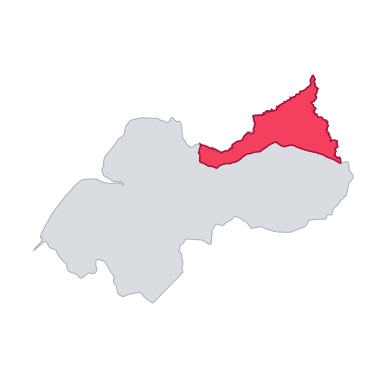 VI-7 Upper Corentyne, East Berbice-Corentyne, Guyana shown in context, rotated 266°
{"feature_id": "73187651B49855956252830", "entity_name": "VI-7 Upper Corentyne", "entity_type": "district", "adm_level": 2, "iso_a3": "GUY", "parent_name": "Guyana", "parent_adm1": "East Berbice-Corentyne", "projection": "albers", "projection_center": [-57.779, 3.06], "detail": "fine", "context": "in_parent", "style": "filled", "palette": "rose", "viewbox_px": 384, "rotation_deg": 266, "n_neighbors": 0, "source": "geoboundaries", "source_scale": "gbopen_adm2", "svg_char_len": 9560}
<svg xmlns="http://www.w3.org/2000/svg" viewBox="0 0 384 384"><g transform="rotate(266 192 192)"><path d="M112.5,177.3L103.2,166.9L93.9,156.5L84.7,146.2L84.1,144.8L88.0,139.9L91.4,136.4L94.3,134.4L95.7,132.7L94.7,125.2L94.7,122.5L93.4,119.5L92.4,116.2L93.6,113.5L95.0,111.6L96.8,110.8L101.1,110.2L104.1,109.9L105.2,108.8L107.0,107.5L109.3,107.5L113.8,108.4L115.8,106.7L119.6,104.5L128.0,100.6L129.8,98.1L131.2,94.2L131.0,92.3L130.2,91.6L128.1,91.0L124.9,90.9L122.4,91.9L119.7,91.3L117.5,88.9L117.4,86.9L118.7,84.1L118.0,82.2L113.8,76.2L113.8,74.6L116.9,71.9L118.6,69.7L121.0,64.2L122.8,62.4L128.7,61.8L130.2,60.7L133.1,57.8L137.6,54.5L144.0,51.9L145.8,47.2L146.9,45.9L152.0,43.4L152.9,42.0L152.8,40.9L144.7,30.2L146.3,30.9L152.6,37.9L156.1,39.4L156.8,39.4L156.8,37.6L160.0,38.4L168.3,43.2L180.4,51.1L197.4,66.0L202.3,71.7L205.5,74.3L210.6,80.8L212.1,84.0L211.9,96.7L207.4,105.2L206.3,111.6L206.1,120.2L203.4,125.1L206.9,122.5L208.0,114.7L210.9,110.0L214.8,104.9L219.9,103.6L225.4,105.8L229.8,106.2L233.7,107.8L242.1,116.0L250.2,122.5L253.1,127.8L261.8,130.4L266.9,134.5L268.5,138.1L269.5,147.4L267.9,161.5L268.3,162.2L266.0,165.0L265.6,166.8L264.1,169.9L262.9,171.6L264.6,175.5L266.5,175.7L267.3,176.2L267.8,177.0L267.7,177.8L266.9,178.5L265.1,179.5L263.3,181.7L263.5,184.2L262.3,185.5L258.8,186.2L251.8,186.2L248.4,186.4L245.7,186.8L243.9,188.4L241.6,189.5L239.8,189.8L238.2,191.7L236.6,194.3L237.1,196.1L238.8,198.5L239.7,201.0L238.5,205.0L237.1,208.1L236.3,210.5L235.2,215.0L232.5,220.0L230.6,222.9L230.6,226.0L231.5,230.4L237.0,236.8L238.8,239.9L240.3,244.8L245.2,248.6L248.4,251.8L248.1,255.9L248.5,257.2L250.4,258.2L252.8,259.0L255.4,258.9L257.7,258.6L258.2,258.0L263.6,257.9L264.2,259.0L264.5,264.9L264.7,267.3L266.0,268.3L266.8,269.8L266.8,271.1L267.1,274.4L267.8,276.2L267.7,279.7L268.3,281.0L269.8,281.9L271.6,284.4L272.3,284.8L272.7,285.7L274.3,289.3L275.1,290.4L275.7,290.5L275.9,291.8L277.1,295.2L277.9,296.0L279.4,298.5L280.0,301.2L282.0,304.3L284.0,306.4L284.9,308.6L287.5,313.6L290.0,317.0L293.4,317.9L296.3,318.4L298.0,319.7L299.8,321.2L297.9,321.8L296.2,322.7L293.9,322.0L290.7,322.4L287.3,323.4L284.2,323.9L278.3,322.3L276.5,322.1L275.3,321.4L272.9,318.4L271.7,318.0L268.6,319.5L264.8,320.4L263.0,320.3L260.8,321.3L258.8,322.7L254.9,328.6L252.9,330.7L250.8,331.7L246.5,331.7L241.9,331.9L238.5,333.3L235.3,334.0L233.7,334.1L233.1,337.4L232.4,338.9L231.4,339.8L228.9,340.1L226.7,339.9L225.3,338.6L222.8,337.9L220.5,337.4L219.1,336.6L217.9,336.8L216.9,338.2L216.2,339.3L215.5,341.5L212.1,342.2L210.6,343.4L211.5,347.4L211.1,348.9L210.4,350.2L206.3,350.4L202.7,350.3L200.7,351.8L198.2,353.5L196.7,353.8L194.9,353.7L192.5,351.7L190.2,349.3L184.4,347.5L178.7,346.1L174.9,342.2L174.0,340.3L172.2,339.4L167.7,334.8L165.3,331.8L162.6,331.0L159.5,329.8L159.6,327.6L159.4,325.5L158.1,324.7L156.2,324.1L155.6,322.9L155.8,320.2L156.1,313.2L155.6,306.5L151.5,304.1L149.7,302.6L146.6,292.6L145.1,288.1L145.1,284.8L146.1,274.9L147.3,270.6L150.5,262.0L152.4,259.1L152.5,256.9L152.3,254.1L151.4,248.6L156.8,245.1L159.1,243.6L159.5,241.3L162.4,238.4L163.7,235.5L164.7,233.3L164.4,232.2L163.2,231.5L161.7,229.4L158.6,223.3L157.5,222.1L156.5,220.4L157.0,217.7L158.2,214.8L158.1,213.6L156.2,212.0L152.4,209.4L149.2,209.2L146.7,208.3L143.1,208.1L140.2,207.8L138.5,206.9L138.9,205.3L139.6,204.0L142.0,201.0L143.7,197.7L143.9,194.6L144.4,190.4L145.1,186.7L145.5,182.6L141.7,179.9L140.5,177.7L138.9,175.8L137.1,175.8L134.5,174.9L130.4,177.5L127.2,177.0L124.9,178.0L119.8,177.8L116.5,176.5L112.5,177.3Z" fill="#d9dde1" stroke="#a8b0b8" stroke-width="1"/><path d="M214.1,218.7L214.7,219.4L215.6,220.5L216.6,222.1L216.9,222.9L217.3,224.4L217.4,224.7L217.6,225.7L217.8,227.1L217.9,227.5L218.0,228.4L218.0,228.9L217.9,229.7L217.9,230.6L217.7,230.9L217.6,231.9L217.7,232.4L218.1,233.2L218.4,234.0L218.5,235.0L218.9,236.7L218.9,237.2L219.0,237.7L219.3,238.6L219.7,239.5L221.0,241.9L221.7,242.9L221.9,243.2L222.5,243.8L223.4,244.9L224.7,247.0L224.9,247.4L225.3,248.2L225.5,248.6L226.1,249.9L226.2,250.5L226.2,252.0L226.3,253.0L226.5,253.9L227.2,255.9L227.3,256.5L227.3,257.1L227.5,258.3L227.4,260.2L227.4,261.6L227.8,263.0L228.2,263.8L228.5,264.2L229.5,265.8L229.9,266.6L230.2,267.0L231.7,269.6L232.6,270.7L233.9,273.1L234.3,273.8L234.6,275.0L234.9,275.4L235.4,276.9L236.0,278.1L236.0,278.6L235.7,279.4L235.1,280.3L234.2,281.3L233.5,282.3L232.9,283.0L231.9,284.5L231.4,285.3L231.1,286.2L230.9,287.0L230.9,288.9L231.0,289.3L231.4,290.1L231.5,290.5L231.7,292.6L231.9,293.5L231.9,294.0L231.8,294.6L231.7,295.1L231.5,295.6L231.3,296.4L231.2,296.9L230.9,297.5L229.7,299.5L228.9,301.2L228.5,302.0L228.2,302.5L227.4,304.7L226.3,307.1L225.8,308.7L224.9,311.0L224.5,312.3L224.3,313.3L224.1,313.7L223.9,314.6L223.5,315.5L223.3,316.4L223.0,317.9L222.3,319.8L221.6,320.9L221.3,322.3L220.7,323.6L219.8,325.7L219.5,326.1L218.6,327.5L217.7,328.6L217.5,328.9L217.2,329.9L216.8,330.6L216.5,331.3L216.0,332.1L215.3,334.2L214.6,335.2L214.0,336.6L212.6,338.3L211.7,339.8L211.4,340.1L210.8,340.8L210.6,341.1L210.5,341.5L210.5,342.3L213.2,342.6L215.9,342.0L216.5,341.5L215.5,339.5L216.9,339.0L217.0,338.0L218.7,336.4L218.9,337.6L221.4,337.5L222.5,338.6L224.4,337.5L225.8,338.0L226.3,340.2L227.2,340.7L228.6,340.1L229.9,340.3L230.2,339.5L232.7,340.5L233.9,337.5L233.8,334.8L232.8,334.2L233.4,333.7L236.2,334.3L238.3,332.7L239.4,333.3L239.8,332.3L241.7,332.5L242.1,330.7L242.9,330.5L245.3,331.2L245.9,330.5L248.3,332.6L251.4,331.6L251.6,332.3L252.6,332.2L253.5,331.5L253.1,331.0L254.3,330.8L255.0,327.9L257.0,327.3L257.7,326.3L257.9,322.8L260.8,322.0L261.3,321.1L260.7,320.5L261.8,319.5L263.2,319.6L263.5,318.8L265.1,319.3L265.0,320.0L266.8,321.4L268.2,319.6L270.5,319.1L271.8,317.4L273.2,317.5L274.2,320.6L275.6,321.0L276.4,322.4L278.0,322.9L278.8,321.9L280.5,321.7L281.7,323.1L285.8,324.2L286.2,325.1L289.3,321.9L291.5,322.4L293.7,321.0L295.5,322.7L299.9,321.0L299.7,320.6L299.4,319.9L298.9,319.7L298.1,319.6L297.8,319.4L297.1,318.8L296.7,318.3L296.6,318.2L295.4,317.8L295.2,317.7L294.8,317.7L294.0,317.8L292.2,318.0L290.7,317.8L290.3,317.6L289.9,317.1L288.0,314.1L286.7,312.8L286.4,312.4L285.7,310.7L285.2,310.2L284.9,309.6L284.9,308.9L285.0,307.7L284.9,306.9L284.7,306.7L283.4,306.4L282.9,306.2L282.5,306.0L282.2,305.6L282.1,305.4L282.1,304.8L282.1,304.2L282.3,303.3L282.2,303.0L282.0,302.7L281.5,302.3L280.2,301.8L279.9,301.5L279.6,300.7L279.8,300.2L280.0,299.9L279.7,299.6L279.5,299.3L279.4,298.7L278.8,297.8L278.8,297.5L279.4,297.2L279.5,296.5L279.4,296.5L279.2,296.8L278.6,296.6L278.3,296.6L278.1,296.7L277.6,296.6L277.2,296.4L277.1,295.3L277.2,294.6L277.1,294.2L276.8,293.8L276.4,293.6L275.9,293.1L275.7,292.8L275.7,292.1L275.5,291.8L275.5,291.5L275.8,290.4L275.6,290.3L275.5,290.2L275.2,290.4L275.0,290.6L274.6,290.5L274.3,290.2L274.1,289.5L274.0,288.4L273.4,287.3L272.4,286.2L272.2,285.8L272.2,285.5L272.4,285.1L272.4,284.8L272.1,284.7L271.6,284.8L271.2,284.8L270.9,284.7L270.7,284.3L270.7,283.8L271.0,283.1L271.5,282.5L271.2,282.4L270.3,282.9L269.6,283.0L269.4,283.0L268.9,283.0L268.9,282.6L269.1,282.3L269.0,282.1L268.3,282.1L268.0,281.9L267.8,281.5L268.0,280.9L267.8,280.4L267.2,279.4L267.0,278.9L267.0,278.4L267.4,278.1L268.0,278.0L268.6,277.7L268.8,277.4L269.0,277.0L268.8,276.8L268.6,276.8L267.9,277.3L267.7,277.4L267.3,277.3L267.1,277.0L267.0,276.7L267.1,276.1L266.9,275.4L267.1,274.9L267.4,274.5L266.8,274.0L266.5,273.6L266.6,273.3L267.0,273.2L267.8,273.2L267.6,272.4L267.5,271.5L267.4,271.3L266.7,271.1L266.3,271.1L265.4,270.6L265.3,270.3L265.2,269.9L265.4,269.6L265.9,269.1L265.9,268.9L265.6,268.9L265.2,269.3L264.9,269.4L264.4,269.3L264.0,268.9L263.9,268.4L263.9,268.1L264.4,267.6L264.3,267.4L264.0,267.4L263.6,267.2L263.6,266.6L263.7,266.0L264.1,264.7L264.1,264.2L264.0,263.7L264.2,263.3L264.2,263.2L263.9,263.0L263.7,262.1L263.7,261.7L264.0,261.1L264.2,260.7L264.2,260.0L264.0,259.2L263.7,258.7L263.5,258.1L263.4,257.9L263.1,258.0L262.6,258.5L262.0,258.7L259.5,258.8L258.8,258.8L258.2,259.0L257.3,259.5L256.7,259.6L255.9,259.9L255.5,259.8L255.2,259.7L254.9,259.1L254.6,258.9L254.2,258.8L253.8,258.8L252.8,259.0L252.6,259.0L252.3,258.6L251.6,257.9L251.0,257.6L250.1,257.6L249.6,257.7L249.0,258.1L248.3,258.4L248.1,258.3L247.7,258.1L247.5,257.8L247.3,257.7L246.5,256.8L246.2,256.3L246.1,255.8L246.3,254.5L246.5,253.9L247.1,253.2L247.2,252.6L247.3,252.2L246.8,251.3L246.0,250.3L245.6,250.0L245.0,249.3L244.6,248.3L244.3,247.9L243.8,247.5L243.0,247.3L242.8,247.2L242.7,247.2L241.3,246.3L241.0,246.2L240.5,245.8L240.1,245.2L239.9,244.7L239.7,243.9L239.5,241.6L239.4,241.1L239.2,240.3L238.9,239.7L237.8,238.0L236.9,236.3L236.5,235.7L236.1,235.3L235.5,235.3L235.1,235.4L232.9,235.2L232.9,233.6L232.7,233.5L232.4,233.3L231.6,232.5L231.2,231.9L230.7,231.3L230.5,230.7L230.6,230.4L230.6,230.0L230.6,229.1L230.4,227.2L229.8,225.8L229.4,225.2L229.2,224.7L229.1,224.2L229.6,223.4L231.3,220.4L232.5,218.9L232.9,218.6L232.9,218.1L233.0,218.1L233.0,216.1L234.4,215.7L234.5,215.4L234.3,214.9L234.2,213.9L234.4,213.0L235.1,211.4L236.3,210.1L236.9,209.0L237.6,207.3L237.7,206.7L238.1,205.4L238.4,204.8L239.4,203.4L238.9,203.5L238.5,203.7L238.1,203.8L237.1,203.7L236.1,203.2L234.3,202.6L233.5,202.2L232.7,202.0L232.2,201.8L231.8,201.8L231.3,201.7L230.9,201.5L230.6,201.2L229.8,201.9L229.4,202.2L229.0,202.3L228.5,202.4L227.6,202.4L226.5,202.4L225.3,202.0L224.2,202.2L223.7,202.1L222.5,201.9L221.7,202.0L221.4,202.1L220.9,202.5L220.7,203.8L220.6,204.2L217.9,208.4L217.6,208.7L217.1,209.6L216.8,210.1L216.6,210.6L216.6,211.0L216.7,211.6L216.3,212.6L216.2,213.9L215.7,214.7L215.4,215.2L214.9,216.4L214.4,217.2L214.2,217.6L214.1,218.7Z" fill="#f43f5e" stroke="#9f1239" stroke-width="1.5"/></g></svg>